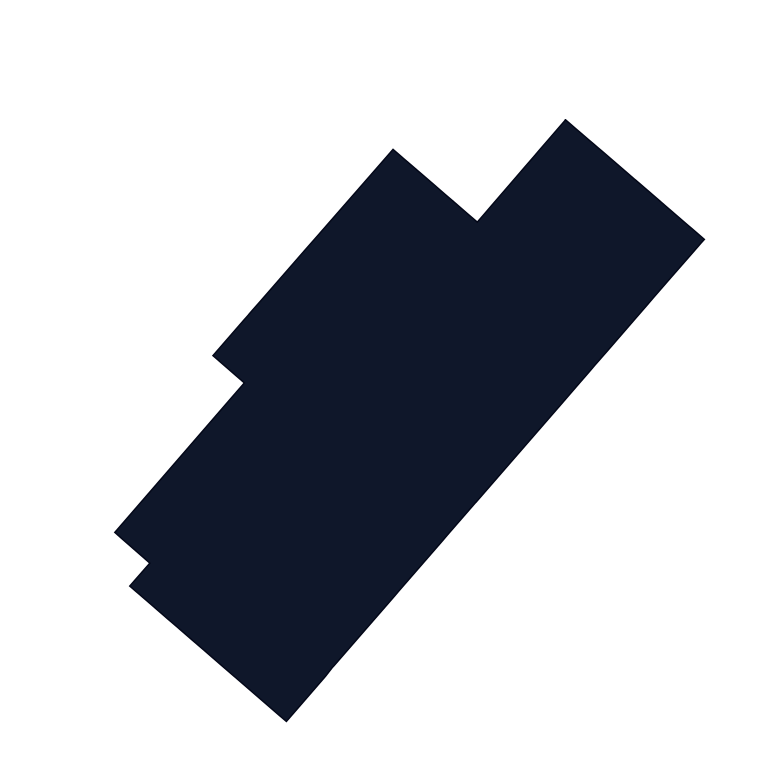 the district of Orroroo Carrieton, South Australia, Australia, rotated 221°
{"feature_id": "25037944B41363903956940", "entity_name": "Orroroo Carrieton", "entity_type": "district", "adm_level": 2, "iso_a3": "AUS", "parent_name": "Australia", "parent_adm1": "South Australia", "projection": "albers", "projection_center": [138.617, -32.532], "detail": "fine", "context": "isolated", "style": "filled", "palette": "ink", "viewbox_px": 768, "rotation_deg": 221, "n_neighbors": 0, "source": "geoboundaries", "source_scale": "gbopen_adm2", "svg_char_len": 1806}
<svg xmlns="http://www.w3.org/2000/svg" viewBox="0 0 768 768"><g transform="rotate(221 384 384)"><path d="M236.9,222.2L236.9,228.6L237.0,237.7L237.0,241.4L237.0,241.7L237.0,293.7L237.0,302.5L237.0,304.8L237.1,311.0L237.1,324.4L237.1,354.7L237.0,354.9L237.0,413.8L237.0,432.6L237.0,446.0L237.0,470.6L237.0,470.9L237.0,471.1L237.0,483.8L237.1,514.7L237.1,522.8L237.1,525.5L237.1,527.9L237.2,535.8L237.2,536.3L237.2,536.6L237.2,536.8L237.1,556.5L237.2,596.6L237.2,608.0L237.2,614.6L237.3,625.9L237.3,652.6L237.3,652.8L237.2,681.1L237.2,698.4L237.1,703.3L238.9,703.3L239.0,703.3L250.8,703.3L259.1,703.2L288.7,703.1L290.1,703.1L290.3,703.1L302.6,703.1L302.8,703.1L303.1,703.1L327.4,703.0L327.5,703.0L329.6,702.9L343.2,702.9L372.5,702.8L377.9,702.7L381.8,702.7L382.8,702.7L383.1,702.7L390.2,702.6L407.1,702.5L411.4,702.5L420.4,702.5L420.5,702.4L420.3,701.7L420.2,673.1L420.2,668.2L420.2,663.6L420.1,652.5L420.1,649.7L420.1,641.0L420.0,622.2L419.9,589.8L419.8,578.0L419.8,570.5L419.8,570.4L419.8,567.4L433.1,567.3L442.0,567.3L450.7,567.3L462.7,567.2L473.8,567.2L483.6,567.2L504.6,567.1L505.2,567.1L516.8,567.0L531.1,567.0L531.1,548.8L531.3,478.1L531.4,447.1L531.5,432.9L531.6,370.9L531.6,364.8L531.7,353.9L531.7,347.8L531.6,347.1L531.7,340.1L531.7,316.8L531.7,314.2L531.7,311.8L531.7,293.2L515.0,293.2L506.7,293.2L501.5,293.2L490.1,293.2L490.1,282.5L490.1,277.4L490.1,274.6L490.1,273.9L490.1,272.2L489.9,161.6L489.8,95.4L480.8,95.3L443.2,95.2L443.3,73.1L443.3,64.7L436.0,64.7L421.2,64.8L406.7,64.8L393.0,64.8L382.9,64.9L375.2,64.9L368.2,64.9L361.5,64.9L346.9,65.0L340.1,65.0L333.3,65.0L323.9,65.0L293.3,65.1L244.9,65.2L236.3,65.3L236.3,78.0L236.4,125.1L236.5,126.9L237.0,136.1L236.9,138.5L236.9,140.0L236.9,154.4L236.9,164.2L236.9,185.4L236.9,222.2Z" fill="#0f172a" stroke="#020617" stroke-width="1.5"/></g></svg>